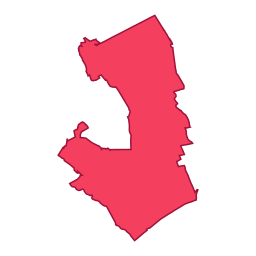 Forasti, Suceava, Romania (Mercator projection)
{"feature_id": "2599482B48678951772867", "entity_name": "Forasti", "entity_type": "district", "adm_level": 2, "iso_a3": "ROU", "parent_name": "Romania", "parent_adm1": "Suceava", "projection": "mercator", "projection_center": [26.455, 47.372], "detail": "fine", "context": "isolated", "style": "filled", "palette": "rose", "viewbox_px": 256, "rotation_deg": 0, "n_neighbors": 0, "source": "geoboundaries", "source_scale": "gbopen_adm2", "svg_char_len": 5565}
<svg xmlns="http://www.w3.org/2000/svg" viewBox="0 0 256 256"><path d="M134.6,240.6L144.0,232.7L147.1,230.3L146.5,229.4L147.4,228.7L147.7,228.5L149.7,228.1L158.7,220.7L161.1,218.8L169.1,213.7L172.2,211.9L173.4,211.0L177.6,208.5L184.8,204.1L185.8,203.7L188.7,202.6L191.3,201.8L194.6,200.5L196.2,200.0L196.4,197.8L196.3,196.7L196.2,195.5L196.4,194.3L196.9,192.3L197.8,190.3L197.8,189.7L197.1,189.6L195.5,191.7L195.0,192.4L194.6,191.3L194.4,190.8L193.8,189.6L193.2,188.1L192.9,187.2L190.7,182.5L189.6,179.6L189.4,179.3L188.4,176.5L188.2,176.2L188.3,176.0L186.5,172.4L186.2,171.6L185.4,169.9L185.1,168.7L185.2,168.1L184.9,166.9L184.4,165.6L183.0,165.7L181.0,166.0L179.5,166.3L178.5,166.6L176.6,161.7L180.9,159.2L179.3,155.5L180.3,155.4L184.4,154.5L182.8,150.5L181.3,147.4L180.7,145.7L184.5,144.9L186.0,144.8L192.6,143.4L191.9,142.2L189.5,140.8L188.1,139.4L187.8,139.0L186.6,135.5L186.4,134.8L186.3,133.6L186.3,132.7L186.1,130.6L185.4,129.0L185.1,127.9L186.1,127.8L186.1,128.1L190.2,127.1L190.0,126.9L189.6,125.4L189.3,123.8L189.1,122.2L188.2,119.6L187.5,118.3L187.2,117.4L186.4,116.3L185.7,115.0L185.0,114.4L183.7,113.7L182.4,112.4L181.3,110.9L181.1,110.6L180.8,110.6L180.6,110.4L180.3,110.4L180.0,110.1L179.6,110.3L179.4,110.2L179.3,109.6L179.0,109.4L178.6,108.9L177.6,108.4L177.4,108.2L176.7,107.5L175.8,106.4L176.0,105.6L175.9,105.1L177.6,103.7L177.2,102.8L176.4,102.2L175.4,100.7L174.3,99.1L174.3,98.9L174.6,98.4L175.3,97.5L175.9,96.6L176.1,96.2L175.8,94.5L175.4,93.9L174.9,93.6L174.4,92.9L174.1,92.7L173.7,92.1L174.5,91.4L176.1,91.1L177.4,90.5L178.6,90.4L180.4,89.5L182.0,89.2L183.5,88.9L183.9,88.6L184.0,87.1L184.0,85.9L183.5,84.7L182.8,83.6L180.8,80.0L177.9,75.1L176.6,73.6L176.2,72.8L176.1,72.0L176.1,71.1L175.6,69.3L173.5,53.8L173.0,49.8L172.8,47.6L171.6,47.2L171.2,46.5L170.8,46.1L170.8,45.3L170.6,44.4L170.7,44.2L172.4,44.2L172.3,43.5L172.1,43.0L171.7,42.2L171.6,41.9L171.1,41.4L170.7,41.4L170.5,41.1L170.5,40.9L170.7,40.7L170.8,40.3L170.4,40.0L170.1,39.8L169.8,39.9L169.6,39.4L169.8,38.9L169.6,38.7L169.3,38.9L169.1,38.7L167.2,35.3L166.5,33.8L165.9,33.1L165.4,32.3L164.7,31.2L164.6,30.7L164.0,30.4L163.8,30.2L163.8,29.8L163.5,29.7L163.4,29.5L163.4,29.0L163.0,28.4L162.6,28.0L154.8,15.4L150.6,17.5L149.6,18.0L141.8,22.1L136.7,24.7L135.3,25.5L134.5,25.8L119.9,33.4L111.2,37.8L109.5,38.8L107.1,40.0L105.3,41.0L97.2,45.0L96.8,45.4L96.6,45.5L96.2,45.3L95.5,44.7L95.0,44.6L94.9,44.5L95.1,44.2L95.8,44.2L96.9,44.7L98.8,43.7L99.5,43.2L99.7,42.8L98.8,42.1L97.8,41.5L96.7,40.7L96.3,40.2L96.0,39.7L95.9,39.2L95.0,39.6L94.2,39.9L93.7,39.9L92.9,40.1L91.0,41.1L90.5,41.2L89.6,40.9L89.4,40.6L88.8,40.5L87.5,39.4L86.3,38.7L85.3,37.7L83.8,38.4L85.4,41.4L85.1,42.3L81.7,42.7L81.0,42.9L81.1,44.0L81.1,44.8L81.2,45.2L81.8,46.4L81.6,46.4L80.6,45.3L79.3,46.2L79.0,47.4L78.4,48.2L78.7,49.3L79.0,49.7L78.6,50.0L78.6,50.4L79.6,53.0L79.7,54.6L79.9,55.1L80.9,56.2L81.1,57.0L81.9,57.8L82.0,58.0L82.0,58.4L82.6,59.6L82.5,60.3L83.1,61.0L83.6,61.9L83.7,62.2L84.0,62.5L84.4,63.4L85.0,64.3L86.1,67.0L86.1,67.4L86.3,67.9L86.3,68.6L86.5,69.4L86.5,69.7L86.4,70.2L86.2,71.2L86.1,71.5L87.2,73.4L87.6,74.5L88.2,75.7L88.2,75.9L89.6,75.1L90.8,78.9L91.4,80.2L91.6,80.4L92.1,80.3L92.6,80.6L93.3,80.7L94.8,80.3L96.2,80.1L99.6,77.9L98.5,76.4L100.9,74.9L100.8,74.6L105.5,80.3L105.8,80.4L106.5,80.1L107.5,81.7L108.9,84.6L109.6,85.4L110.1,86.2L110.5,86.4L111.7,86.8L113.0,87.1L113.5,87.1L114.0,87.2L114.7,87.1L115.3,87.2L115.9,87.0L118.6,90.9L122.8,97.9L128.9,108.1L129.1,109.9L129.8,110.6L130.1,112.0L129.7,113.3L129.3,114.4L129.0,115.7L128.8,116.1L128.4,116.5L127.6,116.8L128.7,119.5L129.2,123.5L129.4,125.7L129.3,130.2L129.4,130.9L129.7,132.3L130.2,133.3L130.7,134.2L130.9,134.7L131.1,136.3L130.9,137.3L130.8,140.0L130.8,143.3L131.0,149.5L110.6,149.6L110.1,150.3L109.6,150.0L108.9,149.0L108.1,148.3L107.7,148.2L106.7,148.8L105.6,148.9L105.6,148.7L105.0,148.5L102.6,148.4L102.2,148.3L101.8,149.3L101.6,149.4L101.4,148.3L101.1,148.0L99.3,146.3L98.8,145.9L98.4,145.7L97.3,145.4L92.5,143.0L90.6,141.7L86.0,138.2L85.8,138.1L84.9,138.0L82.8,137.7L80.3,137.6L80.3,137.3L80.3,134.8L81.4,131.9L87.5,128.4L88.2,127.9L87.8,126.9L86.9,125.6L86.5,125.1L85.8,124.5L85.5,124.5L84.7,123.3L83.9,122.8L83.1,122.4L82.5,121.9L81.2,122.6L78.6,124.6L78.0,126.4L77.5,128.6L77.2,129.2L74.1,130.6L74.0,131.0L74.6,133.6L75.1,136.2L75.4,136.9L68.1,140.6L68.1,140.4L67.4,139.6L67.2,139.2L67.0,139.3L67.0,139.6L67.1,140.0L67.1,140.4L66.7,142.5L66.3,144.7L66.2,145.6L65.2,145.7L63.7,148.1L63.2,147.3L58.2,155.2L58.5,155.7L59.5,156.1L60.3,156.8L61.0,157.2L61.9,158.1L62.7,158.3L63.4,158.6L64.1,159.3L64.2,159.7L64.3,160.6L69.9,164.5L74.0,168.0L74.2,169.8L74.4,170.4L76.9,172.8L77.4,173.1L78.1,173.1L78.2,172.2L78.0,171.6L82.0,175.2L80.5,175.2L80.2,175.2L80.1,176.4L77.6,179.2L69.7,183.5L70.1,184.2L71.2,185.8L71.9,186.5L72.3,186.7L72.7,186.8L74.1,186.9L75.3,187.4L75.7,188.3L76.2,189.0L76.6,189.4L77.2,189.8L78.2,190.3L79.6,190.4L80.3,190.2L81.0,189.9L82.2,189.1L82.7,189.1L83.2,189.4L83.6,189.7L84.0,190.3L84.2,191.0L85.6,193.1L86.1,193.6L86.8,194.1L87.9,194.5L89.1,195.0L89.7,195.3L90.5,195.6L91.1,195.5L91.6,195.1L92.1,195.3L92.4,196.0L91.8,197.9L91.9,198.3L92.4,199.0L95.4,200.3L96.1,200.5L97.1,200.6L98.8,201.2L99.3,201.6L99.7,202.2L99.9,202.6L102.9,205.1L104.0,205.7L104.8,206.0L106.5,206.3L115.5,222.8L115.6,224.6L115.8,224.9L115.9,225.0L116.5,225.0L116.7,225.5L117.0,225.6L118.1,225.7L118.8,226.1L120.0,227.4L120.4,228.1L121.2,228.8L121.8,229.0L123.7,229.4L124.4,229.6L125.2,229.9L125.7,230.3L126.3,231.0L126.6,231.5L130.1,234.4L130.4,234.9L130.5,235.5L134.6,240.6Z" fill="#f43f5e" stroke="#9f1239" stroke-width="1.5"/></svg>